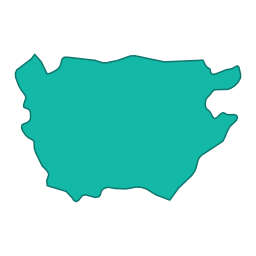 map outline of Aïn Defla (Albers equal-area conic projection)
{"feature_id": "DZA-2199", "entity_name": "Aïn Defla", "entity_type": "Province", "adm_level": 1, "iso_a3": "DZA", "parent_name": "Algeria", "parent_adm1": "", "projection": "albers", "projection_center": [2.129, 36.152], "detail": "fine", "context": "isolated", "style": "filled", "palette": "teal", "viewbox_px": 256, "rotation_deg": 0, "n_neighbors": 0, "source": "natural_earth", "source_scale": "10m", "svg_char_len": 1640}
<svg xmlns="http://www.w3.org/2000/svg" viewBox="0 0 256 256"><path d="M76.1,201.6L73.8,200.4L72.2,197.9L66.1,191.4L47.3,185.7L46.7,180.9L47.7,177.6L48.7,175.2L48.3,173.1L46.9,170.7L42.2,165.9L35.6,152.5L34.3,148.1L34.0,141.7L33.0,140.2L28.3,137.6L25.5,135.1L22.2,130.0L21.5,127.1L22.3,124.7L24.3,123.6L27.0,122.7L29.0,121.3L30.5,118.7L30.5,112.8L29.6,110.2L27.5,108.6L25.5,108.1L23.7,107.0L23.6,104.8L25.8,98.2L25.4,95.7L21.3,90.1L18.6,85.4L15.7,77.4L15.4,73.3L16.7,70.0L31.2,59.0L34.7,54.4L41.3,61.9L46.9,73.5L48.6,73.7L50.7,73.1L55.3,70.7L57.5,69.2L59.4,67.3L60.5,65.0L62.1,59.0L64.2,57.3L67.5,57.2L95.4,60.4L101.7,62.6L107.0,62.9L109.4,62.1L116.8,60.7L130.5,55.9L135.3,55.8L164.2,61.9L203.0,60.2L205.3,65.0L206.3,66.3L207.5,67.5L209.5,68.6L210.2,69.5L210.7,72.7L212.5,74.4L216.1,73.8L226.1,69.8L231.9,68.7L237.0,65.9L237.9,66.2L238.9,67.2L240.6,74.5L240.5,77.6L239.7,79.5L238.0,82.3L234.6,85.8L231.1,88.1L227.6,89.4L215.2,89.7L213.4,90.6L212.1,91.9L210.1,94.6L207.5,97.3L206.2,98.9L205.5,101.2L205.2,105.3L205.8,107.2L206.3,108.5L209.6,111.4L210.9,113.4L211.9,115.6L213.4,117.7L214.0,118.2L214.5,118.5L215.3,118.4L216.6,117.8L220.9,113.7L222.4,112.9L223.8,112.8L227.3,114.7L234.2,114.6L235.8,115.1L237.0,116.0L237.3,117.9L236.4,120.4L229.8,126.6L227.3,131.3L224.6,137.9L222.7,141.3L201.6,155.2L199.9,157.0L198.4,159.3L197.4,162.5L195.9,168.5L194.3,171.9L191.6,175.6L178.6,188.0L169.8,200.1L155.9,194.8L146.2,188.8L141.2,187.3L135.8,187.1L126.3,188.9L115.4,188.5L107.9,187.2L103.4,188.7L101.2,191.3L100.3,194.9L98.8,196.8L95.2,197.4L85.3,194.8L82.3,195.6L78.6,200.3L76.1,201.6Z" fill="#14b8a6" stroke="#0f766e" stroke-width="1.5"/></svg>